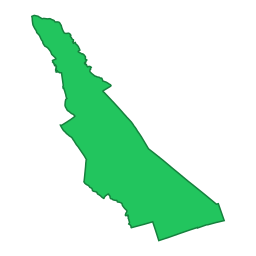 outline of Fantanele, Prahova, Romania
{"feature_id": "2599482B12219872135707", "entity_name": "Fantanele", "entity_type": "district", "adm_level": 2, "iso_a3": "ROU", "parent_name": "Romania", "parent_adm1": "Prahova", "projection": "robinson", "projection_center": [26.36, 45.022], "detail": "fine", "context": "isolated", "style": "filled", "palette": "green", "viewbox_px": 256, "rotation_deg": 0, "n_neighbors": 0, "source": "geoboundaries", "source_scale": "gbopen_adm2", "svg_char_len": 5347}
<svg xmlns="http://www.w3.org/2000/svg" viewBox="0 0 256 256"><path d="M197.5,228.0L206.6,224.8L207.8,224.8L208.4,224.6L216.1,222.5L217.5,222.2L224.2,220.6L218.3,203.7L216.4,204.2L204.7,194.5L198.5,189.5L193.4,185.4L193.1,185.1L192.4,184.6L187.6,180.8L176.2,171.3L175.2,170.5L171.8,167.7L162.9,160.2L154.5,153.5L148.5,148.8L142.2,138.2L141.5,137.0L139.0,133.2L138.1,132.1L137.9,131.8L137.9,131.6L137.6,131.4L137.4,131.0L136.7,129.8L136.3,129.1L135.3,127.6L133.8,125.7L133.0,124.3L132.1,123.1L131.5,122.2L128.2,118.6L126.8,117.2L126.1,116.3L122.9,112.8L122.8,112.6L119.3,108.7L113.3,102.1L112.0,100.8L111.1,99.8L103.9,92.2L103.3,91.9L103.0,91.5L103.1,90.8L106.9,88.5L109.7,86.8L110.6,86.2L111.0,85.7L110.8,85.2L110.4,84.7L110.2,84.6L109.1,84.0L108.1,83.3L106.5,82.3L102.7,80.9L102.6,80.2L102.2,79.1L101.8,78.3L101.6,78.1L100.9,78.2L100.6,78.1L100.1,77.9L99.3,77.3L97.0,76.9L96.4,76.5L95.3,76.1L95.1,76.2L94.6,75.9L93.5,74.9L92.7,74.3L91.6,73.4L90.1,71.9L90.0,71.6L89.8,71.4L89.9,70.1L90.5,69.4L90.7,69.1L90.7,68.8L90.4,68.2L90.5,67.8L90.7,67.7L91.2,67.4L91.0,67.1L90.7,67.1L90.6,66.8L90.0,66.5L89.7,66.4L88.9,66.4L88.3,66.6L87.7,66.9L87.4,66.7L86.8,65.8L86.4,64.6L85.7,64.6L85.5,63.8L84.7,63.8L84.6,63.7L84.8,63.3L85.0,63.4L85.2,63.1L85.4,63.1L85.5,62.9L85.2,62.8L84.8,62.6L85.0,62.3L85.3,62.4L85.4,62.2L85.5,62.2L85.6,61.9L85.7,61.7L86.1,61.1L86.1,60.9L86.7,60.4L86.7,59.7L86.2,59.5L85.7,59.6L85.3,58.9L85.3,58.7L85.3,57.7L85.5,57.3L85.5,57.1L85.3,56.4L84.6,55.8L84.4,55.3L84.0,54.8L83.4,54.5L82.9,53.9L82.3,53.8L81.9,54.0L81.7,53.9L81.3,53.5L81.0,53.4L80.3,52.9L79.5,52.7L78.9,52.1L78.4,52.0L78.3,51.8L78.2,51.6L78.5,51.0L78.9,50.7L79.8,50.3L79.7,49.5L79.4,48.9L78.9,48.0L78.6,47.2L78.4,46.7L77.3,45.2L75.9,44.0L75.7,43.6L75.3,42.5L73.4,43.3L72.7,41.8L73.4,41.5L73.4,39.8L72.9,39.7L72.3,39.1L71.8,38.8L71.8,38.4L71.3,37.5L70.7,36.9L70.3,36.2L70.8,35.7L70.8,35.3L70.6,35.0L70.5,34.7L70.3,34.8L69.7,33.8L69.1,33.4L68.6,33.2L68.0,33.2L67.1,33.4L65.6,33.4L65.0,33.3L64.5,33.1L64.0,32.7L63.8,32.3L63.5,31.6L62.9,30.6L61.9,28.0L61.5,26.6L61.2,25.3L60.5,24.4L60.1,23.5L59.4,22.5L58.8,22.2L58.2,22.0L57.1,21.9L55.8,22.0L55.1,21.9L54.7,21.5L54.3,20.8L54.0,20.5L53.0,20.0L51.6,19.5L50.8,19.0L50.0,18.7L49.0,18.7L47.8,18.9L46.9,18.8L43.8,18.4L42.2,18.7L41.8,18.6L40.5,17.7L39.4,17.2L39.2,17.1L38.7,16.6L38.4,16.4L37.5,16.1L36.0,15.8L34.5,15.4L33.6,15.6L31.8,16.4L32.2,18.0L32.3,20.4L32.7,23.5L32.9,24.5L33.0,25.0L34.2,27.5L35.3,29.4L36.0,30.3L36.4,31.2L36.6,32.1L36.8,32.6L37.3,33.2L38.1,34.0L39.2,35.2L39.5,35.7L39.8,36.2L40.3,37.4L41.4,39.8L42.5,41.2L42.9,42.8L43.1,43.5L44.3,45.4L45.0,46.3L45.8,46.6L46.4,46.9L47.5,47.7L48.3,48.5L50.0,50.7L50.6,51.6L50.7,51.8L51.5,53.8L51.8,54.4L52.3,54.9L55.4,57.8L55.8,58.5L55.9,58.9L55.5,59.0L55.0,59.4L52.8,60.3L52.5,60.5L52.9,61.8L53.4,62.6L53.1,62.6L53.9,63.5L54.2,63.8L54.2,64.1L54.1,64.4L54.5,65.1L54.6,65.5L55.6,65.0L55.9,65.6L56.1,66.4L56.3,66.7L56.0,66.9L56.2,67.2L56.2,68.0L56.0,67.9L55.9,68.6L55.7,69.3L56.1,69.4L56.0,69.6L55.8,70.2L55.7,70.6L57.1,70.7L56.9,71.3L56.6,71.2L56.5,71.4L56.1,71.4L56.1,72.0L56.8,72.1L57.6,71.9L58.3,71.9L58.6,72.0L59.3,72.6L59.6,72.7L61.5,72.8L63.3,85.6L63.0,86.1L62.9,86.8L63.0,87.4L63.2,88.3L63.8,88.2L64.0,89.2L64.7,91.0L65.2,92.9L65.7,94.5L66.1,96.7L66.4,97.6L66.6,98.0L66.9,98.5L66.4,98.8L65.9,99.3L65.7,99.6L65.3,101.5L65.1,103.6L65.0,105.2L65.1,106.0L65.4,106.6L65.5,107.1L65.9,107.7L67.3,110.3L67.5,110.5L67.9,110.8L69.2,111.6L71.4,113.5L73.4,114.4L74.9,116.1L74.0,117.1L70.6,119.6L69.5,120.3L67.8,121.4L66.9,122.0L62.9,124.5L61.4,125.3L61.1,125.4L60.5,125.1L60.4,125.1L60.5,125.5L61.9,128.0L63.2,130.1L63.6,130.5L64.2,131.2L65.5,132.3L65.8,132.6L66.2,133.3L66.5,133.6L67.4,134.2L68.1,134.8L68.5,135.1L69.2,135.8L71.4,137.2L71.8,137.6L72.1,137.9L72.3,138.3L72.6,138.7L73.2,139.8L73.7,140.3L76.3,144.6L77.9,146.5L80.5,150.3L81.3,151.5L81.7,152.1L84.1,155.6L85.5,158.0L86.5,159.8L86.2,160.1L86.1,160.3L86.0,161.6L85.8,163.1L85.6,166.4L84.8,174.5L84.4,178.5L84.1,181.2L83.9,181.8L84.3,182.3L84.8,183.2L85.7,184.0L86.3,184.4L87.1,184.9L88.1,185.3L89.0,186.1L89.9,187.4L91.2,188.0L91.7,188.3L92.0,188.8L92.2,189.2L92.4,190.1L92.5,190.6L92.9,190.9L93.4,191.2L95.5,191.7L96.7,192.2L97.0,192.4L97.3,193.6L97.7,194.0L98.2,194.4L98.8,194.6L100.4,195.7L101.8,197.1L103.5,198.3L103.8,198.4L104.1,198.1L104.1,197.8L104.3,197.4L105.0,196.4L105.8,195.6L108.0,194.1L108.4,194.0L108.6,194.1L109.0,195.1L109.6,195.7L109.9,196.1L110.0,196.3L110.1,197.5L110.2,197.9L110.6,198.6L111.2,198.8L111.9,198.9L113.0,199.8L113.7,200.0L115.5,200.4L116.7,200.4L116.9,200.7L117.0,200.8L117.2,201.5L117.3,201.7L117.4,201.9L117.8,202.0L119.3,202.2L119.9,202.4L121.3,203.0L121.9,203.5L122.1,204.0L122.2,204.7L122.3,205.1L122.8,206.0L124.0,207.6L124.9,208.7L126.4,210.1L126.8,210.5L126.9,211.1L126.8,211.8L126.7,212.0L126.5,212.3L126.2,212.7L125.6,214.1L125.4,214.9L125.4,215.3L125.6,215.5L125.8,215.7L126.4,215.6L127.8,215.1L128.0,215.1L128.2,215.3L128.0,216.2L128.0,216.4L128.0,216.6L128.5,217.0L128.2,217.9L128.2,218.2L128.3,218.6L128.8,219.4L128.9,219.8L129.0,220.8L129.5,222.0L129.5,222.3L129.2,223.2L128.8,223.8L128.7,224.0L128.8,224.1L129.8,224.5L130.0,224.7L130.2,225.0L130.8,225.9L131.1,226.2L131.0,227.1L131.1,227.4L131.3,227.7L144.4,224.2L152.7,221.8L155.7,230.8L158.8,240.6L170.0,236.9L179.3,233.6L190.0,229.9L197.4,227.5L197.5,228.0Z" fill="#22c55e" stroke="#15803d" stroke-width="1.5"/></svg>